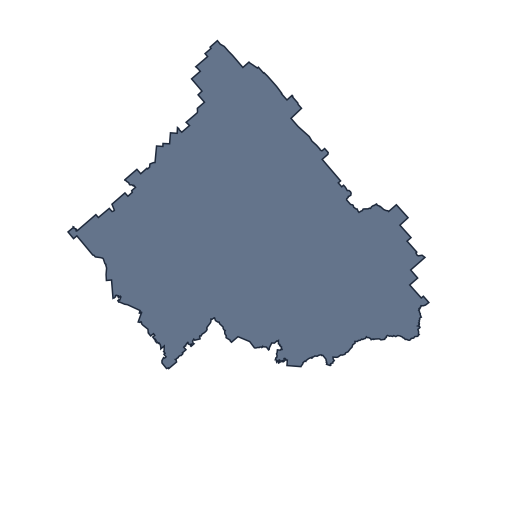 the district of Maranoa, Queensland, Australia, rotated 132°
{"feature_id": "25037944B80919931419893", "entity_name": "Maranoa", "entity_type": "district", "adm_level": 2, "iso_a3": "AUS", "parent_name": "Australia", "parent_adm1": "Queensland", "projection": "albers", "projection_center": [148.678, -26.394], "detail": "fine", "context": "isolated", "style": "filled", "palette": "slate", "viewbox_px": 512, "rotation_deg": 132, "n_neighbors": 0, "source": "geoboundaries", "source_scale": "gbopen_adm2", "svg_char_len": 6123}
<svg xmlns="http://www.w3.org/2000/svg" viewBox="0 0 512 512"><g transform="rotate(132 256 256)"><path d="M363.9,411.8L365.2,403.2L360.9,402.6L364.5,377.9L363.9,377.0L364.2,374.8L361.2,370.4L360.2,368.4L360.3,367.5L362.8,363.1L362.6,362.0L363.3,361.5L364.9,359.0L370.1,355.0L374.3,350.8L370.5,347.3L383.1,334.0L382.6,333.9L382.3,333.4L380.2,333.1L379.4,334.0L378.3,333.2L378.3,332.5L377.7,331.8L378.6,331.2L378.9,330.3L378.3,330.2L378.0,330.9L377.6,330.0L376.7,330.1L376.8,329.0L380.0,327.8L380.2,328.1L379.8,328.3L380.0,328.6L381.6,328.8L382.1,327.1L381.5,326.5L379.7,321.3L378.2,319.0L374.1,305.7L376.5,304.5L376.1,304.0L375.5,304.2L374.9,303.2L374.5,303.6L374.4,303.3L383.9,299.4L383.0,297.8L381.8,297.6L381.8,296.9L382.9,295.6L383.1,294.0L382.7,287.3L384.9,285.0L385.0,284.5L385.3,284.5L385.9,280.8L382.3,280.2L382.7,278.1L385.3,278.5L385.8,275.7L385.3,275.6L385.5,273.9L386.5,274.1L386.9,271.9L386.1,271.8L386.3,270.1L385.5,270.0L385.9,267.9L387.3,265.9L388.7,264.6L384.3,264.0L388.1,260.7L388.8,260.8L389.1,258.5L390.6,258.7L391.1,255.4L391.9,255.3L393.3,255.8L393.4,256.7L396.7,255.9L398.4,254.3L399.5,247.2L397.7,246.2L398.0,245.5L387.9,244.1L386.8,245.7L386.8,246.5L386.5,246.2L385.4,246.4L383.5,245.8L383.3,246.1L382.3,246.2L380.7,245.8L380.2,245.1L378.0,244.9L377.2,245.3L377.2,245.9L372.5,245.3L372.1,248.7L370.5,248.7L370.1,248.1L368.6,248.8L365.9,249.0L365.7,248.7L366.7,247.5L366.2,245.9L364.8,245.1L366.6,244.3L366.6,243.8L362.7,243.3L362.9,244.4L361.7,246.2L359.4,246.6L359.6,245.2L355.1,242.1L354.4,242.7L354.0,243.8L352.9,244.3L352.3,243.3L350.0,243.8L347.4,243.0L344.6,242.8L343.0,243.4L342.9,244.0L342.0,244.7L336.2,245.2L335.2,245.5L332.9,247.2L332.5,246.3L330.0,245.7L329.7,245.4L331.1,242.9L330.6,240.1L329.8,239.1L330.7,237.7L330.8,232.9L331.7,232.1L332.3,230.6L332.0,229.0L332.9,228.9L334.4,227.4L334.9,226.3L335.0,225.0L336.7,223.6L335.9,219.0L336.4,218.2L336.5,216.5L328.0,215.4L323.8,203.4L325.3,195.7L324.5,194.6L322.8,193.5L321.9,192.3L321.1,192.2L319.7,190.6L319.3,190.6L319.7,190.3L318.7,190.0L317.0,187.8L316.7,187.2L317.4,183.8L316.5,183.7L315.4,184.6L310.1,186.1L308.4,184.0L305.0,183.6L304.8,182.8L303.9,182.7L306.3,180.5L305.8,179.1L306.8,178.4L306.4,177.7L306.8,176.8L306.5,176.2L307.9,175.2L307.8,174.2L308.2,174.1L308.9,175.0L309.8,175.0L311.4,177.3L313.8,175.6L315.0,175.3L315.8,173.8L317.5,172.7L318.3,173.1L320.0,172.3L319.7,172.1L319.8,171.4L320.9,169.8L319.5,170.1L319.2,169.1L320.4,168.1L320.5,167.6L318.9,167.1L318.4,168.6L317.7,169.2L317.5,168.9L318.1,167.7L315.5,165.8L315.7,165.5L316.8,165.6L316.2,164.8L313.4,164.5L313.1,165.0L313.7,166.4L313.2,166.5L312.7,165.9L312.9,163.3L312.5,163.0L316.7,159.7L307.8,148.1L307.9,148.7L304.6,149.1L303.9,149.7L301.5,149.4L301.0,148.4L300.1,148.8L297.0,148.2L295.0,147.3L294.6,146.1L294.0,146.0L293.6,146.6L292.6,145.8L291.0,145.4L289.5,143.4L287.7,142.9L285.8,141.5L286.0,140.6L285.1,139.9L285.9,134.8L286.6,134.2L287.2,133.0L288.0,132.7L288.1,131.6L289.3,131.1L287.8,127.6L286.9,127.4L286.7,128.2L286.0,128.5L284.0,127.3L283.1,128.1L281.4,127.8L280.9,129.8L279.6,131.1L277.2,128.1L276.2,127.5L272.8,126.8L272.0,125.6L269.5,124.1L268.0,124.6L265.7,123.5L261.7,123.8L259.6,123.6L257.3,124.7L254.4,124.1L253.3,125.3L251.6,123.4L250.2,123.4L249.1,122.2L247.0,121.8L246.6,120.8L245.5,120.5L244.3,119.6L242.2,119.9L242.3,118.9L241.1,117.4L240.9,116.4L240.7,115.6L241.2,114.4L239.7,113.7L239.1,113.1L239.2,112.6L238.3,112.2L235.5,109.4L234.9,108.6L234.8,107.1L231.8,104.6L231.1,105.0L229.2,104.7L228.6,105.3L227.1,105.2L226.2,103.0L225.3,102.4L224.3,100.5L223.0,100.4L222.4,98.2L220.3,97.5L219.1,95.6L218.3,93.1L218.4,91.8L217.9,90.8L218.2,89.3L217.0,88.0L216.8,86.9L216.1,85.7L214.9,85.2L213.4,85.5L211.5,83.9L209.7,84.1L207.5,82.1L205.2,82.3L205.5,82.9L203.5,84.4L202.2,86.6L199.4,86.3L199.0,87.2L199.7,88.9L198.6,88.4L198.0,89.1L197.7,88.8L196.8,89.5L196.9,90.4L195.8,90.5L195.0,91.0L195.0,91.5L193.6,91.8L193.0,92.6L191.3,92.7L190.9,92.3L189.6,94.9L188.8,95.4L188.6,96.6L187.5,97.9L187.5,98.8L186.3,98.9L186.5,99.1L186.0,99.7L184.4,99.3L184.1,99.6L183.2,99.5L182.5,100.1L181.1,98.4L179.1,97.2L174.9,96.4L173.9,104.7L176.6,105.1L174.7,122.4L164.2,121.1L162.9,131.7L144.0,129.5L144.3,133.1L147.3,135.5L147.6,136.8L146.7,139.2L145.5,139.1L143.9,153.7L138.6,153.1L136.8,169.7L125.8,168.6L124.0,186.0L134.2,187.2L134.1,188.2L135.2,189.8L136.0,192.2L136.0,196.8L136.5,197.1L136.3,197.7L137.2,199.9L136.7,200.7L136.7,201.3L139.7,202.1L140.0,202.6L142.1,203.1L144.0,202.7L144.5,203.7L146.0,204.3L148.9,207.4L149.7,207.8L150.2,207.5L151.6,207.5L152.3,208.0L154.7,208.6L154.5,209.9L153.4,212.4L154.0,212.8L154.4,216.0L153.4,217.6L153.3,218.3L154.4,220.2L153.7,226.2L152.7,226.9L150.8,226.7L150.0,227.3L149.3,226.8L147.4,226.2L145.6,227.4L145.0,228.8L145.1,230.8L146.3,231.9L145.1,235.6L144.8,238.3L147.2,238.6L146.6,243.8L143.6,243.4L139.9,271.5L132.3,270.6L130.8,271.6L130.2,276.9L133.5,277.3L133.9,277.7L134.2,279.3L133.8,280.1L133.2,285.1L133.2,291.3L131.6,296.3L131.6,311.4L130.3,322.1L115.8,321.0L115.2,326.1L114.3,327.3L113.3,335.7L112.6,335.6L112.5,336.7L119.3,337.4L118.4,345.6L117.9,345.6L116.2,354.1L114.6,368.0L114.4,372.7L115.0,372.8L114.1,380.6L115.4,380.7L116.7,390.0L116.6,391.0L124.7,391.9L122.6,407.8L122.3,413.3L121.5,419.8L122.5,424.3L121.8,428.8L131.5,429.9L131.8,428.3L139.7,429.3L140.2,425.4L155.7,427.4L155.6,425.8L156.0,421.0L167.5,422.4L169.6,406.5L175.0,406.9L176.2,397.2L185.5,398.4L188.0,395.9L188.9,395.5L203.4,397.4L203.5,392.7L213.7,394.0L213.6,397.6L213.0,398.6L213.1,400.3L217.6,396.7L221.7,402.0L230.4,395.3L234.6,400.4L236.9,398.5L240.8,403.5L254.1,393.6L255.2,394.7L258.6,396.4L261.2,394.5L263.8,394.8L263.8,395.8L272.0,396.7L271.3,402.5L287.1,404.5L287.4,404.1L286.9,403.5L287.2,402.2L286.7,399.8L287.6,397.7L287.4,397.1L286.6,396.5L286.1,395.5L286.0,394.1L285.3,394.1L285.6,391.5L290.7,392.1L291.5,390.5L297.3,391.2L296.8,395.6L313.9,397.7L316.8,391.8L317.8,391.9L319.3,392.7L318.8,396.9L332.9,398.9L332.4,402.7L357.0,405.8L357.4,406.1L356.8,406.3L356.4,407.1L357.1,407.5L356.4,408.3L357.2,409.6L356.3,410.8L356.6,411.4L357.0,410.8L363.9,411.8Z" fill="#64748b" stroke="#1e293b" stroke-width="1.5"/></g></svg>